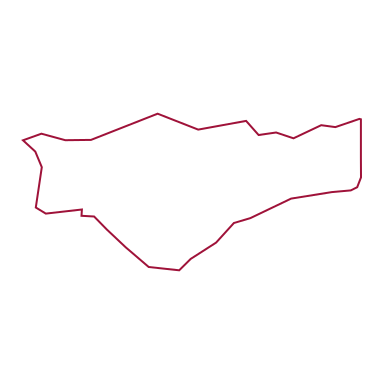 SVG path tracing the border of Peterborough
{"feature_id": "GBR-2760", "entity_name": "Peterborough", "entity_type": "Unitary Authority", "adm_level": 1, "iso_a3": "GBR", "parent_name": "United Kingdom", "parent_adm1": "", "projection": "natural_earth1", "projection_center": [-0.256, 52.584], "detail": "fine", "context": "isolated", "style": "outline", "palette": "rose", "viewbox_px": 384, "rotation_deg": 0, "n_neighbors": 0, "source": "natural_earth", "source_scale": "10m", "svg_char_len": 548}
<svg xmlns="http://www.w3.org/2000/svg" viewBox="0 0 384 384"><path d="M360.9,119.3L360.9,157.9L361.0,177.4L357.2,187.2L350.8,190.4L331.8,192.1L291.1,198.6L250.4,218.1L233.9,223.0L216.1,242.6L190.7,258.9L179.2,270.3L148.7,267.0L125.8,247.4L106.8,229.5L94.1,216.5L81.5,215.8L81.9,209.5L45.8,213.6L35.8,207.5L41.8,167.2L35.3,151.6L23.0,140.3L41.4,133.7L65.3,140.2L91.0,139.9L157.6,113.7L198.2,129.6L246.1,120.9L258.6,135.0L276.1,132.5L293.5,138.3L321.2,125.2L335.4,127.1L359.4,118.9L360.9,119.3Z" fill="none" stroke="#9f1239" stroke-width="2"/></svg>